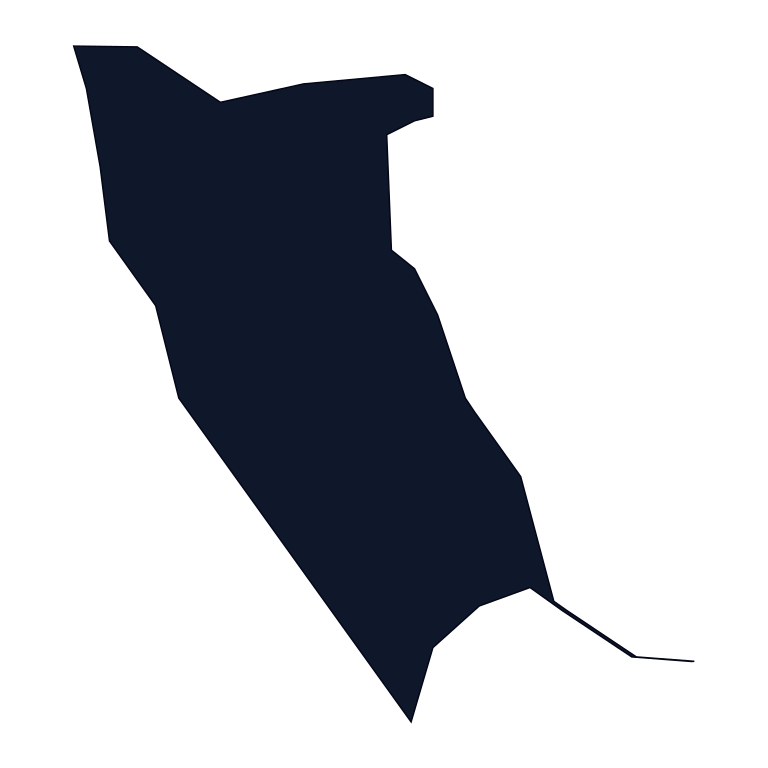 the district of Geumcheon-gu, Seoul, South Korea
{"feature_id": "91817680B69479464976516", "entity_name": "Geumcheon-gu", "entity_type": "district", "adm_level": 2, "iso_a3": "KOR", "parent_name": "South Korea", "parent_adm1": "Seoul", "projection": "mercator", "projection_center": [126.913, 37.452], "detail": "fine", "context": "isolated", "style": "filled", "palette": "ink", "viewbox_px": 768, "rotation_deg": 0, "n_neighbors": 0, "source": "geoboundaries", "source_scale": "gbopen_adm2", "svg_char_len": 508}
<svg xmlns="http://www.w3.org/2000/svg" viewBox="0 0 768 768"><path d="M411.1,721.9L432.9,647.6L479.2,606.0L530.0,587.5L562.3,610.6L631.7,656.9L691.7,661.5L694.3,661.3L636.3,656.9L567.0,610.6L553.8,601.3L520.7,476.6L474.5,411.9L465.3,398.1L437.6,314.9L414.5,268.7L391.4,250.2L386.7,134.7L414.5,120.8L432.9,116.2L432.9,88.5L405.2,74.6L303.6,83.9L220.4,102.3L137.2,46.9L73.7,46.1L86.4,88.5L100.2,167.0L109.5,241.0L155.7,305.7L178.8,398.1L411.1,721.9Z" fill="#0f172a" stroke="#020617" stroke-width="1.5"/></svg>